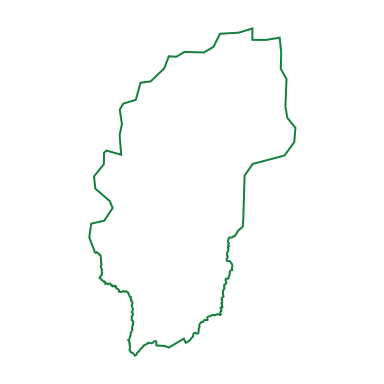 Ak-Suu, Ysyk-Köl, Kyrgyzstan (Mercator projection), rotated 92°
{"feature_id": "92254566B94070763969745", "entity_name": "Ak-Suu", "entity_type": "district", "adm_level": 2, "iso_a3": "KGZ", "parent_name": "Kyrgyzstan", "parent_adm1": "Ysyk-Köl", "projection": "mercator", "projection_center": [79.882, 42.288], "detail": "fine", "context": "isolated", "style": "outline", "palette": "green", "viewbox_px": 384, "rotation_deg": 92, "n_neighbors": 0, "source": "geoboundaries", "source_scale": "gbopen_adm2", "svg_char_len": 5977}
<svg xmlns="http://www.w3.org/2000/svg" viewBox="0 0 384 384"><g transform="rotate(92 192 192)"><path d="M227.1,291.6L241.0,293.1L255.8,286.8L256.0,286.2L256.1,285.8L255.9,285.4L255.5,285.2L255.7,284.5L255.8,284.3L256.4,283.9L256.5,283.6L257.6,282.5L258.0,282.3L258.0,281.7L258.9,281.0L260.0,281.0L261.9,280.7L263.4,280.7L265.2,280.4L265.8,280.1L266.6,280.3L267.1,280.0L268.0,279.9L268.7,280.3L269.0,280.4L269.8,280.7L271.7,279.9L272.2,279.7L272.7,279.1L273.0,279.1L273.8,279.4L274.4,279.5L275.9,279.0L276.9,279.4L277.9,279.1L279.3,280.4L280.1,281.1L280.7,281.4L281.3,281.1L281.5,281.0L281.6,280.6L281.9,280.1L281.9,279.8L283.2,279.2L283.7,277.9L283.9,277.7L284.1,276.9L285.2,276.6L285.4,276.1L285.2,275.8L286.1,275.2L286.3,275.2L286.2,275.1L286.4,275.0L286.3,274.9L286.4,274.4L286.3,274.1L286.6,273.8L286.7,273.5L286.7,273.3L286.8,273.2L287.1,272.7L286.9,272.2L286.5,271.6L286.3,271.3L286.5,270.9L286.8,270.6L286.9,270.2L287.3,270.1L287.5,269.7L288.1,269.4L288.1,268.6L288.5,268.5L288.7,268.3L288.9,268.4L289.0,268.3L288.9,267.4L288.7,267.0L288.8,266.8L288.5,266.7L288.8,266.0L288.7,265.9L288.8,265.1L288.7,265.0L289.4,264.5L289.7,264.5L290.0,264.8L290.9,264.2L291.2,263.7L291.6,262.6L291.9,262.1L292.7,261.6L293.8,261.7L294.0,261.5L294.0,261.0L294.2,260.8L294.6,260.4L294.6,260.1L294.4,259.6L293.9,258.2L293.5,257.4L293.5,257.0L293.7,256.5L293.9,256.4L293.8,255.8L293.9,255.3L293.6,254.6L293.5,254.3L293.6,254.0L294.0,253.7L294.3,252.9L295.0,252.4L295.0,252.2L295.7,252.0L296.0,251.7L296.5,251.6L297.8,250.9L298.6,250.7L299.0,250.3L299.2,249.9L299.3,249.4L300.0,249.4L300.5,249.3L301.3,249.4L301.6,249.5L302.1,249.5L302.4,249.0L303.0,248.8L302.8,248.5L303.3,248.3L303.4,248.1L304.6,247.7L306.0,247.7L306.5,248.0L307.4,248.2L307.8,248.4L308.0,248.3L308.0,248.0L308.4,247.8L309.5,247.6L310.6,247.1L311.5,247.0L311.9,247.1L312.8,247.2L314.0,248.0L314.4,247.6L314.7,247.3L315.4,246.9L315.7,246.9L317.1,247.0L317.5,247.1L317.9,247.5L318.5,247.9L319.0,247.8L319.3,247.8L319.6,248.0L320.0,247.8L320.3,247.7L321.1,247.8L321.8,247.7L322.1,247.8L322.8,247.0L323.2,246.3L323.6,246.1L325.3,246.4L325.7,246.6L326.1,246.2L326.6,246.1L327.8,246.9L328.3,246.8L328.9,246.9L329.7,247.1L329.9,247.1L330.3,247.3L331.2,246.8L331.9,246.8L332.0,247.0L332.6,247.1L333.7,247.8L334.4,247.9L335.0,248.3L336.3,248.2L336.9,248.5L337.2,248.5L337.3,248.6L338.2,248.7L338.4,248.6L339.7,249.1L340.9,249.4L342.0,249.9L342.3,250.1L342.3,250.3L343.1,249.8L343.7,249.6L344.0,249.2L344.5,249.1L345.1,249.3L345.3,249.0L346.2,248.9L346.9,249.1L348.4,248.5L349.3,248.6L350.2,248.5L350.6,248.7L352.4,248.9L352.6,248.5L353.1,248.1L353.5,248.0L354.2,247.6L354.3,247.6L354.5,246.5L354.6,246.4L355.1,245.6L355.6,245.2L356.3,244.2L356.8,243.7L357.5,243.5L357.1,242.4L356.3,241.7L355.1,241.5L354.6,241.2L354.0,240.7L353.4,239.8L352.4,238.9L350.5,237.8L349.2,236.3L348.5,235.7L348.0,235.3L347.4,235.2L346.8,234.5L345.7,232.0L344.5,231.0L344.2,230.4L344.3,229.7L344.6,229.2L344.5,228.0L344.6,227.2L344.0,225.9L343.1,225.1L342.3,223.9L342.4,223.0L342.7,222.5L346.6,222.2L346.8,214.4L346.8,214.0L347.8,210.9L348.1,210.2L348.3,209.8L338.9,195.0L340.8,194.0L342.3,193.4L342.7,193.1L342.9,192.9L342.5,191.9L341.8,191.1L340.9,189.6L340.2,188.9L338.3,187.7L337.7,187.2L337.0,186.2L335.9,185.9L334.5,185.8L333.6,185.4L333.0,184.8L332.7,184.4L332.5,184.0L333.0,183.1L333.4,182.2L333.1,181.7L332.9,180.8L332.0,180.6L331.6,180.7L330.7,180.6L329.9,180.4L329.1,180.5L327.9,180.5L327.3,180.1L326.4,179.8L326.1,179.8L325.2,180.1L324.3,180.0L324.0,179.8L322.4,178.8L321.5,177.4L321.5,176.6L321.4,176.2L320.6,176.0L319.9,175.7L319.6,175.4L319.5,175.1L319.5,174.2L319.3,172.1L318.0,172.2L317.3,172.3L316.3,172.2L316.0,171.7L315.7,170.8L315.6,169.9L315.3,169.4L315.1,168.9L315.1,168.7L314.3,167.7L314.2,167.4L314.2,167.1L314.0,166.7L313.9,166.3L314.0,166.1L314.3,165.9L314.5,165.1L314.4,164.9L314.0,164.4L314.0,164.1L313.6,163.2L313.3,162.3L313.3,161.3L313.7,160.6L313.9,159.9L313.7,159.3L313.3,158.9L313.2,159.1L312.6,159.5L311.7,159.6L311.2,159.6L310.4,159.4L310.0,158.5L309.7,158.4L308.3,158.8L307.5,158.7L307.0,158.9L306.8,159.2L306.0,157.6L305.8,157.5L305.6,157.5L305.0,158.1L304.7,158.3L304.4,158.3L304.0,158.1L303.7,158.1L303.5,158.3L302.8,158.5L302.4,158.7L301.6,157.9L301.1,158.2L298.8,158.0L298.6,158.1L298.1,158.7L297.8,158.8L297.3,158.8L296.9,158.6L295.5,156.9L295.2,156.8L294.5,157.1L293.0,157.5L292.3,157.4L291.1,157.6L290.4,157.6L290.2,157.7L289.8,157.4L288.9,157.3L288.6,157.2L288.0,156.5L287.5,156.5L287.1,156.3L283.9,156.7L283.1,155.9L282.7,155.0L281.5,154.7L281.1,154.5L280.4,154.7L279.4,155.3L278.9,155.4L278.1,155.2L277.5,155.2L277.3,154.5L277.4,153.5L277.4,153.0L277.3,152.7L276.2,152.3L275.7,152.4L274.7,152.2L273.5,151.4L273.1,151.3L272.5,151.2L271.2,151.7L270.4,151.5L269.9,151.2L268.9,150.4L268.7,150.1L268.7,149.2L267.6,149.3L266.8,149.6L264.8,149.0L263.2,149.3L261.8,150.1L259.9,151.8L259.6,152.5L259.6,152.8L259.8,153.6L259.8,154.1L259.7,154.5L259.4,154.8L258.8,154.9L258.2,155.0L257.7,154.9L257.0,154.6L256.2,154.5L255.0,153.9L254.5,154.5L253.9,154.8L253.1,154.7L252.2,154.9L251.8,154.8L250.2,154.2L249.8,154.0L249.6,153.7L248.7,153.8L247.9,153.6L247.6,154.0L246.1,154.2L245.4,153.8L245.1,153.2L244.4,153.9L244.0,154.0L243.2,153.9L242.6,153.7L242.0,153.3L241.5,153.8L241.0,154.0L240.3,154.2L238.8,154.2L236.7,153.6L236.4,153.3L236.1,152.8L236.1,152.3L236.2,151.2L236.1,150.6L235.8,150.1L235.0,149.2L234.7,148.8L234.4,147.6L233.9,147.2L232.9,146.9L232.6,146.8L232.1,146.1L229.3,144.8L224.7,140.0L217.7,139.8L173.8,140.0L161.8,132.3L152.3,100.8L138.4,91.5L124.2,90.9L114.6,99.3L103.4,101.6L75.8,101.5L65.8,107.6L49.5,107.7L34.7,109.8L37.5,123.6L37.8,137.0L26.5,137.4L31.1,150.8L32.9,169.5L46.2,175.6L52.1,184.9L52.3,204.4L57.4,212.4L57.2,219.9L69.3,224.0L82.9,237.2L84.6,247.3L101.8,251.3L106.1,263.8L112.2,267.1L126.6,264.4L137.6,266.3L157.2,264.1L153.6,279.0L155.7,281.2L167.3,281.1L179.9,290.5L192.1,288.7L203.9,273.9L210.8,270.7L223.8,278.8L227.1,291.6Z" fill="none" stroke="#15803d" stroke-width="2"/></g></svg>